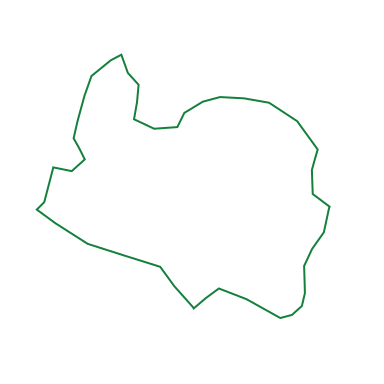 the border of Kolašin, rotated 199°
{"feature_id": "MNE-1512", "entity_name": "Kolašin", "entity_type": "Municipality", "adm_level": 1, "iso_a3": "MNE", "parent_name": "Montenegro", "parent_adm1": "", "projection": "albers", "projection_center": [19.443, 42.798], "detail": "fine", "context": "isolated", "style": "outline", "palette": "green", "viewbox_px": 384, "rotation_deg": 199, "n_neighbors": 0, "source": "natural_earth", "source_scale": "10m", "svg_char_len": 771}
<svg xmlns="http://www.w3.org/2000/svg" viewBox="0 0 384 384"><g transform="rotate(199 192 192)"><path d="M57.1,222.9L57.2,221.6L54.2,196.8L59.9,177.3L61.9,158.5L56.0,143.0L52.3,133.0L51.0,120.0L57.5,108.3L67.5,101.6L105.6,108.4L135.2,109.5L144.5,96.0L152.5,82.5L153.7,83.5L178.1,97.2L197.7,110.9L234.2,109.9L273.7,109.0L295.3,114.2L311.0,118.0L333.0,124.8L328.4,134.3L331.0,168.2L331.2,170.1L312.5,172.6L304.0,187.9L312.5,196.3L321.4,204.2L323.3,221.7L325.0,248.1L324.8,269.0L311.6,290.2L303.5,298.8L291.4,283.7L277.4,276.0L273.2,258.9L270.5,241.9L248.4,239.5L227.0,248.6L225.0,264.3L211.2,280.9L196.4,290.9L173.3,297.5L148.2,301.5L115.6,293.2L110.2,289.4L87.0,273.1L86.4,261.1L85.8,251.8L77.2,229.4L57.1,222.9Z" fill="none" stroke="#15803d" stroke-width="2"/></g></svg>